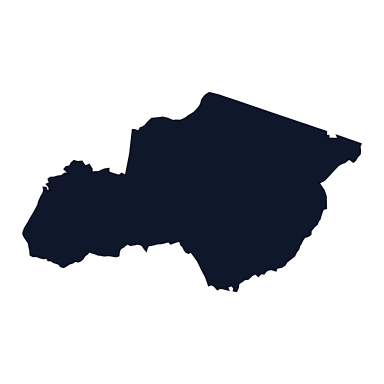 outline of Goioerê, Paraná, Brazil
{"feature_id": "56859067B5093920016557", "entity_name": "Goioerê", "entity_type": "district", "adm_level": 2, "iso_a3": "BRA", "parent_name": "Brazil", "parent_adm1": "Paraná", "projection": "orthographic", "projection_center": [-53.086, -24.172], "detail": "fine", "context": "isolated", "style": "filled", "palette": "ink", "viewbox_px": 384, "rotation_deg": 0, "n_neighbors": 0, "source": "geoboundaries", "source_scale": "gbopen_adm2", "svg_char_len": 2743}
<svg xmlns="http://www.w3.org/2000/svg" viewBox="0 0 384 384"><path d="M29.1,246.8L30.0,250.6L30.3,255.0L32.9,256.4L36.5,256.3L40.1,257.7L43.5,258.5L46.8,258.0L48.1,260.5L51.1,260.6L53.4,262.3L55.7,263.0L58.9,264.1L60.7,266.5L63.8,267.3L66.6,265.7L69.2,263.9L72.3,263.0L75.0,261.2L78.5,261.8L81.2,260.4L83.0,258.6L84.8,255.7L87.5,253.8L89.0,251.6L91.4,252.6L94.9,253.6L97.9,254.8L101.1,255.2L104.3,255.8L108.5,255.4L112.0,255.9L115.9,256.6L118.7,255.8L119.2,251.4L120.6,248.5L123.5,247.0L125.5,245.1L127.7,243.8L130.4,245.3L134.7,244.6L137.9,243.9L142.0,245.2L144.2,248.4L146.3,251.0L147.2,247.6L148.7,245.4L151.2,245.2L153.6,244.7L157.3,243.7L161.7,243.4L166.2,242.3L168.6,241.5L170.7,243.9L175.5,242.1L179.7,240.9L180.9,244.7L183.2,247.2L184.2,249.6L186.1,252.2L188.6,253.2L191.0,251.8L197.8,261.3L201.2,268.4L204.6,275.0L206.0,277.7L208.7,285.6L211.1,284.5L214.3,286.1L217.4,289.6L219.8,288.2L222.8,288.5L228.6,290.0L227.3,287.1L231.7,285.5L234.0,288.1L233.5,290.8L236.5,291.3L238.1,287.8L238.7,283.5L241.9,281.6L245.0,279.2L248.0,279.2L252.0,275.4L255.4,273.7L258.4,276.3L260.9,273.5L264.0,273.9L265.8,271.3L268.4,269.8L271.5,269.4L275.9,270.8L276.8,268.0L281.7,267.1L285.0,264.9L286.5,262.2L289.6,259.7L292.1,257.8L294.4,256.1L296.1,252.5L298.6,249.1L299.5,245.8L301.0,243.6L302.3,240.7L304.5,237.3L307.9,236.4L310.7,234.5L311.0,230.8L313.8,227.2L317.1,224.3L318.2,221.3L320.0,218.9L320.7,216.0L321.8,212.8L323.1,209.2L326.3,208.4L326.0,196.2L324.0,190.4L319.0,183.0L324.5,180.2L338.3,165.4L341.3,163.6L344.8,162.4L349.2,158.9L353.4,162.1L355.6,160.1L357.0,157.4L360.1,153.9L360.3,150.3L359.8,146.6L361.0,143.9L336.8,135.4L338.3,138.6L332.5,138.5L328.7,138.5L328.7,135.6L326.2,135.6L326.4,131.6L269.6,112.4L236.3,101.0L224.3,97.0L218.5,95.0L209.3,92.7L206.2,94.6L204.4,96.3L201.8,99.9L200.8,104.1L199.4,106.4L197.5,108.8L193.8,112.6L190.8,114.5L188.3,115.9L186.3,117.6L183.8,119.0L180.3,120.5L176.0,120.3L173.0,120.7L170.3,119.6L168.1,118.6L165.3,117.9L162.3,117.3L159.9,117.8L156.1,118.1L151.6,118.6L147.7,122.4L145.0,125.6L142.8,127.1L140.5,127.8L138.5,131.4L135.4,130.0L132.6,129.7L129.9,153.6L125.6,175.5L121.5,173.4L119.2,175.5L114.4,174.1L110.9,173.0L108.5,171.9L108.8,168.6L104.5,169.2L101.5,170.4L98.7,171.9L95.0,171.9L92.0,172.4L91.9,168.9L89.1,164.5L85.4,166.3L83.4,163.6L82.0,161.3L77.6,161.8L73.9,160.7L71.1,163.3L69.9,166.0L66.0,166.9L64.2,169.1L66.8,171.4L68.2,173.7L64.6,173.4L61.3,175.9L57.9,176.2L53.9,177.4L50.4,177.5L48.3,179.1L49.7,182.8L46.5,184.2L49.0,186.9L49.5,190.9L47.0,190.8L45.9,187.6L43.3,187.3L44.0,190.2L43.0,193.3L41.1,196.4L38.8,201.6L38.0,204.9L33.9,212.6L30.2,218.7L28.6,221.8L24.9,227.9L23.4,231.4L23.0,234.0L24.2,236.7L28.6,243.2L29.1,246.8Z" fill="#0f172a" stroke="#020617" stroke-width="1.5"/></svg>